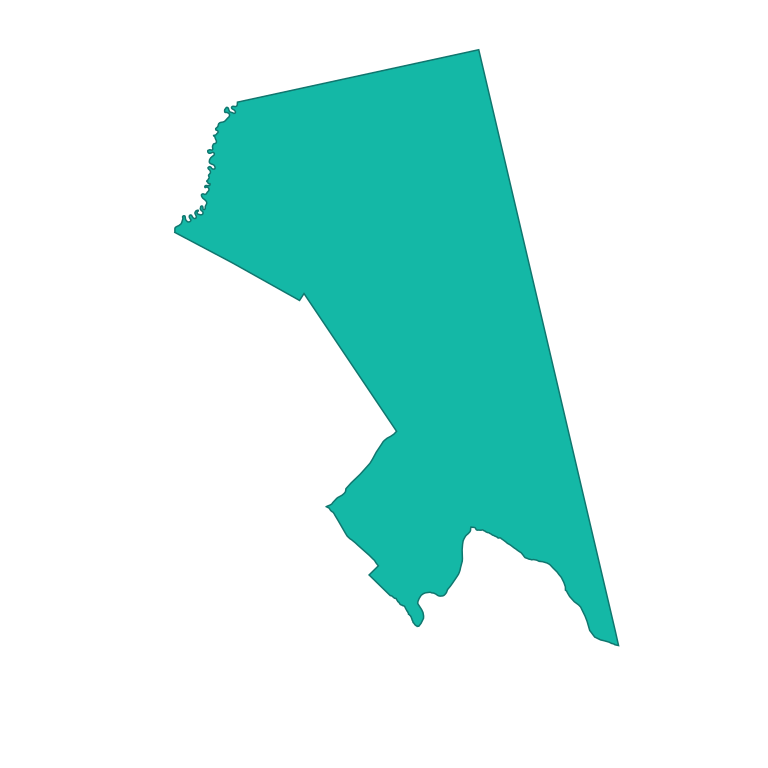 the district of Chavuma, North-Western, Zambia, rotated 77°
{"feature_id": "96606910B52944150437375", "entity_name": "Chavuma", "entity_type": "district", "adm_level": 2, "iso_a3": "ZMB", "parent_name": "Zambia", "parent_adm1": "North-Western", "projection": "orthographic", "projection_center": [22.463, -13.294], "detail": "fine", "context": "isolated", "style": "filled", "palette": "teal", "viewbox_px": 768, "rotation_deg": 77, "n_neighbors": 0, "source": "geoboundaries", "source_scale": "gbopen_adm2", "svg_char_len": 6100}
<svg xmlns="http://www.w3.org/2000/svg" viewBox="0 0 768 768"><g transform="rotate(77 384 384)"><path d="M76.4,463.4L78.3,464.0L78.5,464.0L79.0,464.2L79.6,464.6L80.0,465.0L80.2,465.6L80.3,466.4L79.5,468.3L79.4,469.3L79.9,470.2L80.4,470.4L81.0,470.4L81.8,470.0L83.5,468.2L84.6,467.7L85.4,467.5L86.2,467.8L86.6,468.5L86.6,469.4L85.7,470.4L84.4,472.7L83.8,473.2L82.4,473.5L80.7,473.6L79.9,473.8L79.1,474.7L79.1,475.4L79.9,476.4L80.9,477.5L82.0,477.9L83.2,478.0L83.7,477.6L84.0,476.1L85.3,474.4L86.3,474.0L87.3,474.0L88.0,474.3L88.8,474.9L89.8,476.6L91.6,479.2L92.2,480.2L92.4,481.1L92.5,481.9L92.5,482.9L92.4,483.7L92.4,484.6L92.6,485.4L93.2,486.5L93.9,487.0L95.2,487.6L96.1,488.4L97.2,490.5L98.0,490.7L98.7,490.6L99.7,489.2L100.6,488.9L101.4,489.0L101.8,489.4L102.3,490.3L103.2,491.4L103.5,492.1L103.5,494.1L104.0,494.1L104.4,493.6L104.7,493.4L105.4,493.2L107.1,493.1L109.0,492.7L109.7,492.7L110.9,493.0L111.4,493.6L111.7,494.3L111.6,494.9L111.8,496.1L112.3,496.6L113.7,497.6L115.3,497.9L116.1,497.9L116.7,498.0L117.2,498.5L117.3,498.9L117.3,499.4L116.8,500.4L116.5,501.2L116.8,503.0L117.2,503.3L118.2,503.5L119.1,503.2L119.8,502.6L120.0,501.9L120.1,500.9L119.7,498.9L119.9,498.3L120.4,497.9L121.1,497.5L121.7,497.6L122.3,497.8L122.8,498.3L123.1,498.8L123.4,499.7L124.6,501.9L125.4,502.7L126.4,503.6L128.0,504.2L128.7,504.3L129.6,504.0L130.7,502.9L132.0,500.9L133.0,500.2L134.4,499.9L135.2,499.9L136.1,500.3L136.4,501.1L136.3,501.6L135.9,502.7L135.0,503.4L133.9,503.8L133.5,504.2L133.1,504.7L132.9,505.2L133.2,506.1L133.6,506.8L134.5,506.9L135.5,506.4L135.9,506.0L136.6,505.6L137.5,505.4L138.5,505.4L139.5,505.9L141.0,507.9L141.7,508.1L142.3,508.0L143.0,507.8L143.8,508.0L144.4,508.7L145.4,509.5L146.2,510.9L146.6,511.1L147.1,510.9L147.5,510.4L148.7,510.2L149.2,509.9L149.5,509.6L149.6,508.6L149.9,508.4L150.4,508.5L151.2,509.1L151.4,509.7L151.4,510.3L151.2,510.9L150.5,512.7L150.6,513.5L151.0,514.0L151.5,514.3L152.2,514.2L152.4,513.8L152.2,512.4L152.5,511.9L153.0,511.3L153.9,510.8L154.9,510.7L155.8,511.1L156.5,511.7L157.5,513.2L158.6,514.2L158.9,514.8L158.9,516.2L158.2,517.1L158.0,517.6L158.0,518.2L158.3,519.1L158.8,519.4L159.8,519.5L160.7,519.3L162.1,518.8L163.2,518.0L164.0,517.3L165.8,516.2L166.7,515.9L167.6,516.0L168.4,516.2L170.5,518.0L171.4,518.4L172.2,518.5L172.8,518.7L173.2,519.1L173.5,519.6L173.6,520.1L173.5,520.4L173.1,520.8L172.7,521.0L171.2,520.7L170.1,520.8L169.8,521.0L169.5,521.8L169.8,522.6L170.1,522.8L170.8,523.0L171.6,523.5L172.2,523.6L173.1,523.4L173.9,523.0L175.0,522.1L175.7,521.8L176.6,521.8L177.2,522.1L177.8,522.6L178.0,523.3L178.0,524.0L178.0,524.6L177.2,526.0L176.6,527.1L175.8,527.6L175.2,527.6L174.6,527.4L174.3,527.2L173.7,526.1L173.5,525.9L173.0,525.9L172.8,526.1L172.7,526.9L173.0,528.2L173.2,528.5L174.0,529.3L174.8,529.8L175.6,529.8L178.2,529.2L178.9,529.3L179.9,529.8L180.2,530.5L180.2,531.3L179.7,532.1L179.0,532.7L176.3,533.6L175.8,534.2L175.9,535.3L176.0,535.5L176.7,536.0L177.7,536.2L179.6,535.7L180.4,535.3L181.0,535.3L181.5,535.6L182.0,536.3L182.2,537.0L182.1,538.2L181.8,538.8L180.6,539.7L179.2,540.3L178.5,540.3L176.3,540.1L175.6,540.2L175.1,540.8L175.0,541.3L175.2,542.1L175.9,542.7L177.5,542.7L177.9,542.9L181.2,544.8L182.2,545.7L182.6,546.3L183.5,548.3L183.7,549.5L184.2,551.4L184.6,552.2L185.3,552.7L187.2,553.2L188.6,553.5L189.2,553.8L231.6,504.8L283.6,447.5L277.9,441.6L432.9,382.4L435.1,385.7L436.5,389.3L437.5,393.1L439.0,396.2L440.0,397.8L441.9,399.7L448.7,406.9L454.4,411.9L458.1,415.5L466.7,427.7L472.8,438.0L477.4,444.6L480.1,445.7L481.1,446.7L481.9,447.9L483.0,450.1L484.2,454.5L484.8,455.8L487.9,460.4L489.2,461.9L489.8,463.7L490.3,467.1L490.6,467.8L492.6,465.4L495.1,464.5L496.3,463.7L497.5,462.5L499.1,461.8L501.0,461.3L506.2,459.6L520.9,455.1L523.9,454.1L527.1,452.0L528.4,450.7L532.4,447.6L535.4,445.6L547.6,436.9L552.5,433.8L553.6,433.0L556.8,431.9L559.9,430.4L566.7,441.5L591.6,425.5L592.1,424.2L594.8,422.2L595.3,421.6L595.6,420.5L596.4,420.3L599.2,419.4L600.1,418.6L602.2,417.9L603.2,416.9L603.6,416.0L604.3,415.5L604.5,414.8L605.3,414.0L606.3,413.7L607.8,413.4L609.3,412.9L610.1,412.8L610.7,412.4L611.5,412.1L612.0,412.1L612.9,411.8L613.9,411.9L614.2,411.4L615.0,411.0L615.9,410.3L616.4,410.3L616.9,410.0L618.2,409.9L618.8,409.7L620.1,409.7L621.0,409.5L621.4,409.3L622.9,409.3L623.8,408.7L625.6,408.0L626.8,407.0L627.0,406.6L627.7,406.2L627.6,405.4L627.8,405.0L627.8,404.5L625.5,401.7L621.2,398.2L619.0,397.6L615.4,397.4L612.2,398.1L606.7,400.1L605.4,400.5L603.6,399.9L600.8,397.9L598.2,395.3L597.1,392.6L596.8,390.6L597.2,386.5L597.4,385.7L598.3,384.4L598.9,382.6L600.3,380.8L602.1,379.2L602.7,378.4L603.3,377.1L603.7,374.3L603.3,372.8L602.4,371.4L601.3,370.1L598.6,368.3L595.9,364.8L593.8,362.4L589.1,357.3L586.2,354.3L584.6,353.1L582.5,351.8L579.9,350.6L574.2,347.6L571.9,346.9L563.3,345.2L557.9,343.5L554.7,342.2L552.9,340.9L550.6,338.8L549.7,337.5L548.9,335.9L547.6,333.9L546.7,333.0L546.0,332.6L544.0,332.0L543.0,331.4L543.3,330.9L543.2,330.5L543.5,330.2L543.9,328.7L544.3,327.9L544.7,327.5L545.4,327.2L546.2,327.1L546.8,326.8L547.0,326.6L547.4,326.0L547.6,324.6L547.8,324.1L548.3,322.3L548.3,320.8L548.7,320.3L549.2,319.9L549.7,319.2L549.8,318.9L550.4,318.5L551.2,317.7L552.1,316.4L552.5,315.4L552.7,315.0L553.3,314.6L554.3,313.4L555.6,312.3L556.2,311.2L556.5,310.8L556.8,310.7L558.4,308.4L559.3,307.9L559.8,307.3L560.0,305.4L560.5,304.8L561.1,304.5L562.9,302.8L565.2,300.9L567.0,299.6L569.2,297.2L573.2,293.9L574.4,292.7L575.9,291.5L578.2,289.4L578.9,288.6L580.2,287.8L581.2,287.4L582.3,286.8L583.6,286.3L584.9,285.6L585.4,284.9L585.9,284.0L587.3,282.1L587.8,280.8L588.5,279.7L588.7,277.7L590.0,274.8L591.8,272.6L591.8,271.8L592.4,271.0L592.5,270.0L595.1,265.4L596.6,263.7L597.6,262.8L601.3,260.7L606.2,257.6L608.8,256.5L612.4,254.7L617.8,253.4L622.4,252.9L625.7,253.6L626.7,252.7L628.8,252.2L632.9,250.9L638.9,247.6L643.0,244.1L645.5,242.6L655.4,240.3L661.0,239.5L670.4,239.0L678.0,235.6L682.1,230.5L683.7,227.2L686.2,222.7L688.0,220.6L688.4,219.7L689.1,218.5L690.0,217.7L691.6,214.3L677.4,214.2L532.8,214.8L411.7,215.2L210.0,216.0L79.6,216.5L76.4,463.4Z" fill="#14b8a6" stroke="#0f766e" stroke-width="1.5"/></g></svg>